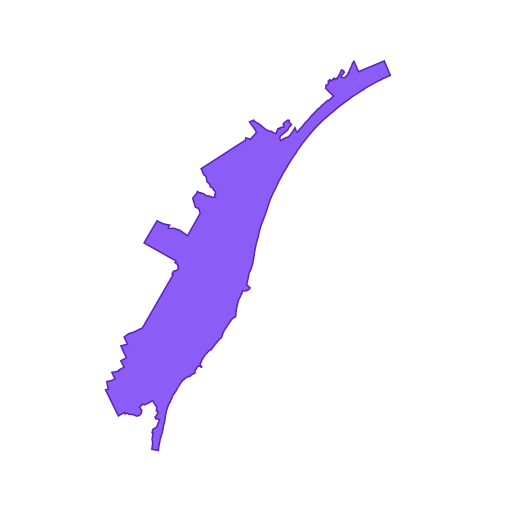 the district of Rojas pag., Rojas, Latvia, rotated 71°
{"feature_id": "27541924B95337165312273", "entity_name": "Rojas pag.", "entity_type": "district", "adm_level": 2, "iso_a3": "LVA", "parent_name": "Latvia", "parent_adm1": "Rojas", "projection": "albers", "projection_center": [22.762, 57.524], "detail": "fine", "context": "isolated", "style": "filled", "palette": "violet", "viewbox_px": 512, "rotation_deg": 71, "n_neighbors": 0, "source": "geoboundaries", "source_scale": "gbopen_adm2", "svg_char_len": 6068}
<svg xmlns="http://www.w3.org/2000/svg" viewBox="0 0 512 512"><g transform="rotate(71 256 256)"><path d="M289.7,407.1L297.5,406.1L297.0,413.0L304.1,412.4L310.0,411.7L311.1,418.0L318.2,416.9L318.9,421.5L319.4,423.4L320.2,423.4L319.1,430.2L326.2,429.3L326.8,433.8L326.7,433.8L326.1,438.0L333.9,439.1L333.5,441.8L362.5,438.2L361.9,436.0L361.2,431.4L362.8,431.2L362.5,429.2L363.1,428.8L363.6,428.2L364.4,427.6L366.0,423.7L368.0,421.6L368.7,420.5L368.8,418.0L368.5,417.8L367.2,415.5L364.6,414.3L360.8,415.3L360.5,414.2L359.7,413.1L359.9,412.8L359.0,411.8L360.4,409.9L360.3,408.0L359.2,400.8L362.9,400.1L364.9,399.5L365.3,398.9L367.0,399.3L370.1,400.7L370.9,399.3L371.7,399.5L372.7,400.1L372.9,400.8L373.7,400.9L375.0,403.0L375.4,403.9L377.7,403.5L377.8,403.0L377.8,402.6L378.7,401.2L379.4,400.6L385.5,405.8L386.3,409.9L389.1,411.8L389.6,410.8L395.3,413.9L399.0,414.5L404.9,417.4L408.2,411.6L405.4,410.4L398.7,406.6L395.0,404.1L391.6,401.5L386.4,398.7L384.7,397.5L384.0,396.9L377.0,393.3L372.3,390.4L368.6,387.5L367.4,386.4L366.8,386.0L366.4,385.5L366.4,385.0L366.2,384.6L364.6,383.6L364.0,382.9L363.6,382.3L361.0,380.3L360.1,379.2L360.1,378.8L358.6,377.2L358.3,376.6L357.6,375.6L356.1,374.1L355.2,373.0L354.5,372.2L353.8,371.2L352.8,370.0L351.2,368.1L350.7,367.5L349.5,365.3L349.4,364.9L349.6,364.6L348.6,363.1L348.3,361.3L348.1,360.7L348.2,360.2L348.1,359.9L348.0,359.5L348.2,358.2L348.1,357.8L348.2,357.1L347.7,356.6L347.2,355.8L347.3,355.3L347.2,354.8L347.2,354.4L347.0,353.9L347.1,353.6L347.0,352.8L346.4,352.2L346.5,351.9L346.3,352.0L344.2,350.6L344.0,350.3L343.8,349.9L343.6,349.5L343.5,349.3L343.1,349.1L342.3,348.0L341.9,347.6L341.6,347.1L341.4,345.6L341.4,345.4L341.6,345.3L341.6,345.2L342.6,344.3L343.0,344.3L343.4,344.0L343.4,343.8L342.8,343.3L342.4,343.7L342.4,344.1L341.8,344.7L339.9,343.7L336.8,341.1L336.1,340.3L335.5,339.4L334.4,338.3L332.3,335.4L332.0,334.7L331.9,334.0L331.2,333.0L330.6,332.0L330.3,331.4L330.2,330.5L330.2,330.0L329.6,328.3L328.1,326.2L327.5,325.0L326.2,323.5L324.5,320.5L323.8,319.9L323.7,319.6L323.8,319.4L323.6,318.7L322.6,317.7L322.6,317.0L322.3,316.5L322.3,316.3L322.1,316.1L322.1,315.6L322.0,315.3L321.6,314.9L320.7,314.4L320.1,313.8L318.1,312.3L317.4,311.5L317.0,311.2L316.2,310.3L315.4,309.5L314.8,308.7L314.5,308.0L313.5,307.0L313.1,306.3L311.8,305.0L311.2,303.8L310.0,302.5L309.7,301.6L308.9,300.9L307.8,299.1L307.2,297.8L306.9,297.0L306.9,296.7L307.2,296.1L306.7,295.3L306.5,295.1L306.4,294.8L305.5,294.4L305.1,294.1L302.8,293.4L302.1,293.0L301.8,292.7L300.1,292.0L292.7,287.4L291.4,286.3L289.5,284.2L287.9,282.9L287.7,282.5L287.3,282.3L287.3,282.1L287.1,281.9L284.6,279.9L285.8,276.7L285.1,272.8L284.1,272.0L280.2,274.1L279.3,273.7L275.0,271.0L274.2,270.6L269.2,267.6L268.9,267.1L267.7,265.9L266.4,264.8L265.8,264.2L264.3,263.2L261.6,261.2L261.2,261.1L256.3,258.3L250.4,255.3L244.5,251.8L240.5,249.1L238.9,247.9L234.1,245.0L230.7,242.7L227.4,240.2L223.3,236.6L220.5,234.4L219.7,233.6L214.0,229.3L212.0,227.9L207.1,224.0L202.3,219.6L198.2,215.3L193.4,210.7L185.9,202.6L183.5,199.6L181.9,197.7L180.9,196.7L180.2,195.7L179.6,195.1L177.9,192.9L176.4,191.2L173.8,187.8L173.1,187.0L172.1,185.2L170.6,183.6L169.1,181.8L168.8,181.1L167.0,178.8L166.5,177.9L164.4,175.1L163.9,174.2L162.4,172.0L158.6,165.9L155.4,160.4L152.1,154.2L148.8,147.0L146.6,141.5L145.6,138.9L145.1,137.4L142.4,130.6L141.1,126.9L139.8,122.8L138.5,118.4L136.8,113.5L135.5,108.2L135.4,107.5L134.8,105.3L134.0,101.6L134.0,101.3L133.9,101.3L133.5,99.7L132.8,97.5L132.4,95.5L131.5,90.7L131.1,87.8L130.8,86.7L130.7,85.4L130.4,84.2L130.0,79.7L129.5,77.9L129.5,76.0L129.2,73.7L129.2,71.7L129.1,71.2L129.0,70.2L113.3,71.2L115.1,99.1L103.8,99.9L105.0,101.9L108.1,104.2L109.7,106.1L112.2,108.2L113.0,109.2L113.4,108.9L113.5,109.0L116.4,114.4L114.4,117.6L114.0,117.5L113.0,115.6L111.0,112.6L109.3,113.0L107.9,114.5L114.7,121.4L114.2,121.6L114.1,121.9L114.4,122.5L114.5,122.8L114.7,123.1L114.8,123.3L114.7,123.6L114.8,123.8L114.2,123.9L114.2,124.0L114.4,124.1L114.3,124.3L113.8,124.2L113.6,124.6L113.3,124.4L113.2,124.6L113.6,125.2L114.0,125.8L114.9,127.6L114.0,128.1L113.3,129.0L114.7,129.6L114.0,130.6L116.8,131.6L117.4,134.4L118.4,134.7L119.0,134.8L120.1,135.6L130.0,130.7L131.2,133.2L132.7,136.9L132.8,137.2L132.3,137.4L132.6,138.5L133.3,140.2L133.8,141.3L134.0,141.6L135.1,144.6L135.8,145.9L136.6,147.5L136.9,148.9L137.6,150.5L138.5,152.0L140.5,155.8L140.8,156.4L140.9,157.0L144.4,162.6L146.4,166.8L148.2,169.3L151.1,174.7L152.4,176.5L151.3,177.3L147.4,177.4L149.6,179.9L152.8,184.3L153.9,186.8L153.8,189.7L154.7,192.3L154.2,192.4L155.0,194.9L153.1,195.4L150.6,194.1L147.9,186.4L147.1,185.4L146.8,184.5L145.5,183.5L144.8,182.5L144.7,181.9L143.4,179.7L142.2,180.0L141.3,180.7L140.3,181.0L138.6,180.3L137.8,181.7L139.1,185.7L139.9,187.3L143.0,187.6L142.4,191.5L143.7,192.1L142.6,193.7L146.3,196.8L146.8,196.9L145.4,199.2L143.1,200.8L142.9,201.9L139.7,205.5L132.6,209.8L127.9,213.8L127.7,213.6L127.0,213.7L126.8,213.8L126.7,214.0L126.9,214.4L126.8,214.6L126.8,215.5L127.1,216.5L126.9,217.4L127.0,218.5L135.6,215.9L137.3,215.5L139.5,215.5L143.6,223.0L143.9,223.2L141.0,227.0L143.3,228.5L143.2,228.6L145.4,238.0L146.3,241.7L148.6,251.2L149.4,254.1L155.6,279.5L157.9,279.1L160.6,279.2L161.7,279.0L162.9,278.5L163.7,277.8L164.8,277.4L170.1,278.1L172.1,276.8L174.5,276.5L175.7,276.7L177.5,275.1L179.8,274.5L182.4,273.3L184.8,275.2L186.3,275.4L187.0,275.2L186.6,277.1L185.0,280.1L184.0,280.7L183.4,282.4L182.6,283.7L180.7,284.7L179.2,286.4L178.0,288.1L178.5,288.4L175.9,290.4L178.3,292.7L178.9,294.0L179.4,294.6L180.2,296.5L181.3,297.1L190.3,297.4L192.3,294.8L197.5,294.9L214.5,314.1L206.4,320.0L205.8,321.4L205.6,321.3L203.2,324.4L202.1,327.1L202.3,328.5L201.9,328.6L200.9,330.0L198.7,327.5L196.7,331.0L195.1,333.5L193.2,335.5L190.4,338.0L207.2,357.6L211.1,354.2L234.6,333.3L235.3,333.9L235.9,334.7L238.9,332.7L239.3,333.1L240.0,332.8L240.3,332.9L240.9,333.4L242.5,333.3L243.7,335.5L243.7,337.1L244.0,337.2L243.6,338.1L243.5,339.1L245.8,341.3L246.7,340.5L263.1,359.3L287.0,386.8L288.1,395.7L288.0,401.8L289.7,407.1Z" fill="#8b5cf6" stroke="#5b21b6" stroke-width="1.5"/></g></svg>